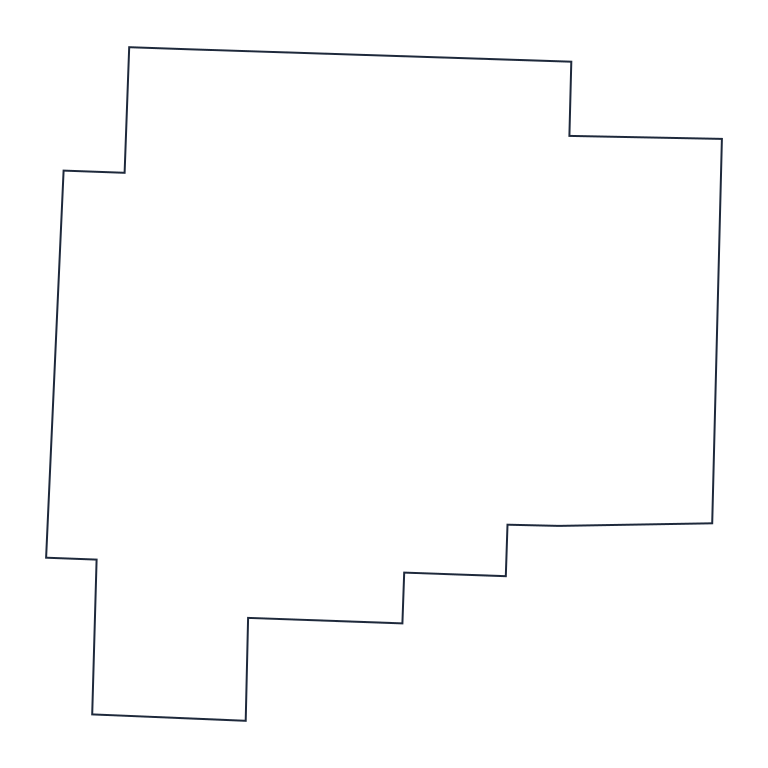 outline of Guernsey, Ohio, United States of America
{"feature_id": "52423323B21597350777733", "entity_name": "Guernsey", "entity_type": "district", "adm_level": 2, "iso_a3": "USA", "parent_name": "United States of America", "parent_adm1": "Ohio", "projection": "orthographic", "projection_center": [-81.499, 40.031], "detail": "fine", "context": "isolated", "style": "outline", "palette": "slate", "viewbox_px": 768, "rotation_deg": 0, "n_neighbors": 0, "source": "geoboundaries", "source_scale": "gbopen_adm2", "svg_char_len": 347}
<svg xmlns="http://www.w3.org/2000/svg" viewBox="0 0 768 768"><path d="M571.3,61.7L189.5,49.3L129.2,47.2L124.6,172.8L63.6,170.6L46.1,557.7L96.6,559.6L92.2,714.4L245.7,720.8L248.1,617.9L402.4,623.4L404.2,572.6L505.8,576.2L507.5,524.7L558.9,525.9L712.2,523.3L721.9,138.9L569.4,135.9L571.3,61.7Z" fill="none" stroke="#1e293b" stroke-width="2"/></svg>